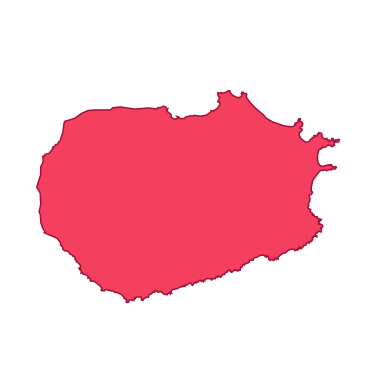 Nossa Senhora Da Luz, Maio, Cabo Verde, rotated 80°
{"feature_id": "66160863B67599039999674", "entity_name": "Nossa Senhora Da Luz", "entity_type": "district", "adm_level": 2, "iso_a3": "CPV", "parent_name": "Cabo Verde", "parent_adm1": "Maio", "projection": "orthographic", "projection_center": [-23.146, 15.227], "detail": "fine", "context": "isolated", "style": "filled", "palette": "rose", "viewbox_px": 384, "rotation_deg": 80, "n_neighbors": 0, "source": "geoboundaries", "source_scale": "gbopen_adm2", "svg_char_len": 5955}
<svg xmlns="http://www.w3.org/2000/svg" viewBox="0 0 384 384"><g transform="rotate(80 192 192)"><path d="M272.3,126.1L273.5,123.6L272.9,123.6L273.0,122.4L272.0,122.4L272.5,121.7L271.6,120.0L272.4,119.3L272.4,119.7L272.8,119.8L272.4,119.2L272.7,118.9L271.6,119.0L269.7,116.4L268.0,112.6L268.3,110.6L266.7,108.5L265.6,105.3L265.8,101.7L267.7,100.9L267.0,99.4L267.6,98.8L266.6,98.0L267.1,97.4L265.8,96.9L265.7,96.1L266.3,95.7L265.4,95.5L266.3,95.1L265.9,94.6L266.6,93.8L265.5,93.3L265.3,91.9L264.4,91.4L263.8,88.8L263.3,88.8L263.7,88.6L262.8,88.7L262.0,87.8L262.6,85.4L261.5,85.3L261.7,83.5L260.4,82.7L260.8,82.4L259.7,81.3L257.3,81.1L257.5,80.2L256.5,79.5L257.9,76.8L257.2,76.6L255.7,78.0L255.1,77.8L254.0,76.7L254.2,75.9L252.6,74.4L253.8,71.6L251.4,71.0L249.7,71.6L249.7,69.9L248.0,69.0L246.6,69.9L245.7,72.5L245.2,71.8L244.7,72.6L244.4,72.1L243.5,72.7L243.2,71.8L242.6,72.1L242.6,71.1L242.1,71.5L242.3,70.3L241.5,69.3L241.1,69.9L241.5,71.4L240.6,71.4L239.4,73.1L238.2,73.0L237.7,75.4L235.5,76.0L235.7,77.2L233.9,77.1L231.9,78.9L229.8,78.2L228.4,80.3L226.6,80.3L225.4,79.2L223.8,79.7L221.9,77.9L219.5,77.0L215.7,77.3L215.1,74.9L213.7,73.6L212.9,73.4L211.5,74.3L209.0,74.0L203.3,71.9L200.7,70.4L194.0,63.1L193.0,61.1L193.6,59.2L193.0,57.8L194.4,55.9L193.7,52.2L194.5,51.1L193.7,50.3L194.2,47.1L193.0,45.6L192.0,45.9L191.8,49.2L190.3,49.6L189.8,50.6L189.3,50.3L189.0,53.8L189.5,58.9L188.0,61.5L185.0,62.7L182.1,62.8L177.4,62.0L172.6,59.8L171.8,58.9L172.1,57.6L171.2,57.2L171.4,56.3L170.6,55.3L171.0,52.7L169.5,50.3L169.8,48.4L171.7,46.0L171.5,45.2L170.5,44.9L170.7,43.6L168.4,43.6L167.8,42.3L168.1,38.8L166.2,37.8L165.5,38.5L165.9,41.0L166.7,41.6L166.5,42.8L166.0,42.6L166.3,43.2L165.7,43.4L166.2,43.5L165.6,44.2L163.8,43.8L163.6,45.0L165.6,46.0L166.2,48.2L165.2,49.0L164.5,48.3L164.4,49.7L163.4,49.9L163.4,50.4L162.7,50.1L163.0,51.7L161.3,53.6L160.1,54.2L156.8,54.1L155.5,56.8L156.8,57.8L156.8,58.4L158.2,58.9L158.5,60.5L157.6,61.0L157.7,62.1L159.1,62.0L159.3,63.8L158.6,63.9L160.7,64.6L160.5,65.9L162.9,68.5L162.8,70.6L162.0,72.2L158.1,75.6L154.8,76.5L152.1,76.0L151.3,73.8L150.0,72.8L149.1,72.7L148.5,74.2L147.0,74.2L146.3,72.1L143.9,71.0L142.0,71.9L140.6,74.3L139.9,74.1L139.7,72.7L138.5,72.6L138.7,74.5L142.0,76.0L142.1,77.7L143.1,78.1L142.5,78.6L144.6,79.6L145.2,82.2L143.0,89.5L137.3,100.0L132.3,106.0L128.3,108.4L120.7,114.8L114.0,119.3L107.9,122.1L105.2,121.1L104.3,121.7L104.2,123.7L103.2,124.1L103.4,124.7L102.5,124.7L102.5,125.6L103.8,126.4L106.3,126.3L107.0,127.9L107.0,130.3L106.1,132.2L103.5,135.5L101.5,136.7L98.9,137.3L98.6,138.7L99.8,141.7L99.9,145.1L99.2,145.8L99.4,147.1L98.7,149.3L99.9,149.7L102.8,149.2L103.6,148.2L107.6,151.0L108.5,149.4L110.6,149.1L114.1,152.6L115.9,156.9L115.1,159.2L116.6,159.9L118.8,164.6L118.8,170.5L116.8,176.9L117.3,178.2L116.7,180.7L117.0,185.1L118.4,187.2L117.4,191.6L115.9,191.9L115.0,193.8L116.5,192.9L117.3,194.6L117.1,196.5L116.1,198.1L114.5,199.6L112.6,199.1L111.1,199.8L108.2,202.5L105.9,201.5L106.2,202.2L104.0,202.9L102.5,205.1L103.5,209.0L102.9,210.5L104.0,212.8L101.7,220.2L100.4,234.1L95.8,247.7L95.3,255.5L97.0,258.3L94.3,273.8L93.7,280.4L95.5,287.4L99.1,294.8L100.3,304.9L102.2,306.2L110.1,308.5L118.8,313.1L119.6,314.7L121.8,316.3L121.6,318.1L123.3,319.4L123.4,321.0L124.2,320.8L124.9,322.0L125.9,322.1L129.4,326.7L129.3,330.0L129.8,330.0L130.6,331.5L130.7,330.9L131.1,332.3L131.4,331.9L131.7,332.4L131.4,332.8L135.3,333.1L138.0,334.3L140.9,336.6L148.9,338.1L160.3,344.1L166.6,341.7L177.6,343.0L185.0,346.0L188.0,345.3L196.4,346.2L202.4,345.0L205.9,343.5L206.5,344.5L214.1,332.9L219.3,330.2L221.8,330.7L222.3,329.8L224.1,328.9L226.1,329.1L228.0,327.4L227.9,326.4L229.6,323.7L231.7,323.2L233.3,320.8L234.8,320.3L234.5,319.9L235.7,318.7L237.1,318.4L237.8,319.0L239.5,317.7L240.6,318.0L242.6,315.9L244.7,314.8L246.8,314.9L247.3,316.3L247.7,315.4L248.6,315.3L248.9,316.1L251.0,314.6L252.2,314.7L252.1,315.1L252.6,315.4L252.4,314.3L253.7,313.7L255.9,309.8L257.5,308.9L258.7,309.4L258.6,308.7L259.4,307.6L262.0,307.4L261.5,306.4L262.4,306.0L263.2,303.6L268.8,298.6L271.1,297.5L272.2,297.6L272.4,298.5L273.5,298.1L274.1,295.1L273.3,294.7L273.2,293.1L274.3,291.5L274.5,289.9L275.3,289.3L275.8,287.0L277.0,285.4L277.6,285.4L277.9,283.5L280.4,279.6L283.7,277.2L285.0,277.4L285.1,276.3L286.2,275.3L286.6,275.9L287.6,275.1L288.6,275.3L288.9,275.9L289.6,275.2L289.4,273.5L288.2,273.1L287.3,271.0L288.4,269.9L287.8,268.8L288.3,268.3L287.7,268.4L287.6,267.5L286.6,267.0L287.1,266.4L286.1,265.9L285.8,263.7L286.7,260.4L289.5,260.5L290.3,259.3L289.0,258.3L287.5,254.7L288.0,253.1L285.9,252.5L285.1,249.4L283.8,247.9L284.3,246.4L283.6,246.6L282.6,245.2L283.5,244.3L283.5,243.2L284.2,243.4L284.8,242.6L284.5,239.6L285.4,239.5L286.5,238.0L287.2,238.1L288.0,236.6L288.0,237.1L288.8,234.3L288.3,234.3L287.3,231.8L288.1,231.3L287.4,230.8L288.3,230.7L287.5,230.2L287.8,229.8L286.5,230.2L284.7,228.1L284.6,223.1L283.3,219.8L283.8,218.7L283.2,217.8L283.5,217.1L282.7,216.6L283.6,215.3L282.4,214.6L282.9,214.0L281.5,210.5L281.6,209.4L282.7,208.5L283.7,207.9L284.4,208.2L281.8,205.1L282.1,203.3L281.2,203.0L281.7,201.4L280.3,200.1L280.4,198.7L281.4,198.5L281.4,197.7L281.9,197.6L281.3,196.6L282.1,196.3L281.3,195.8L281.6,195.0L281.2,195.1L279.9,193.0L280.5,189.1L282.1,187.9L281.5,187.3L282.1,186.8L281.5,187.0L280.8,186.2L281.5,184.2L279.9,183.4L280.5,181.6L279.1,181.0L280.1,178.8L280.7,179.1L280.9,178.5L278.6,175.7L278.9,174.2L277.7,174.0L276.7,171.0L276.2,171.3L275.3,169.3L275.6,168.2L276.4,168.4L276.6,167.5L277.3,167.6L278.1,166.7L276.8,165.3L276.6,163.9L276.1,163.5L276.9,162.4L276.4,162.3L276.4,161.4L277.8,160.5L277.0,159.5L277.3,158.1L274.9,157.3L274.9,156.1L273.0,154.9L272.4,153.6L273.0,153.3L271.8,152.3L272.1,151.5L271.0,147.7L269.7,147.7L269.3,147.1L269.7,143.6L268.7,143.4L267.5,141.7L267.6,139.7L266.1,135.4L266.7,132.4L268.1,131.0L269.1,131.2L268.5,130.8L268.9,130.2L267.9,130.2L267.7,129.4L268.7,128.3L272.3,127.8L272.9,127.0L272.3,126.1Z" fill="#f43f5e" stroke="#9f1239" stroke-width="1.5"/></g></svg>